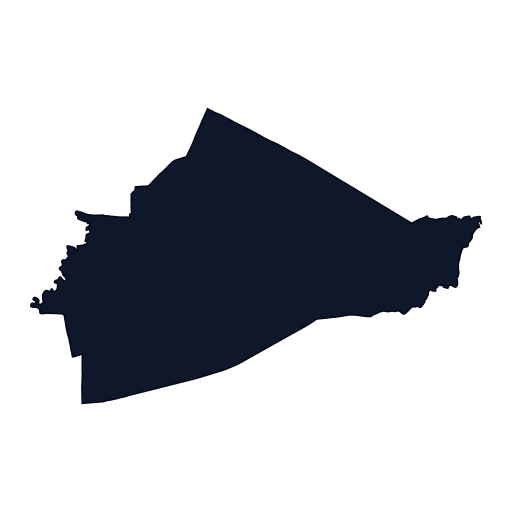 outline of Sangkae, Batdâmbâng, Cambodia
{"feature_id": "14789045B70272828773622", "entity_name": "Sangkae", "entity_type": "district", "adm_level": 2, "iso_a3": "KHM", "parent_name": "Cambodia", "parent_adm1": "Batdâmbâng", "projection": "orthographic", "projection_center": [103.435, 13.068], "detail": "fine", "context": "isolated", "style": "filled", "palette": "ink", "viewbox_px": 512, "rotation_deg": 0, "n_neighbors": 0, "source": "geoboundaries", "source_scale": "gbopen_adm2", "svg_char_len": 5943}
<svg xmlns="http://www.w3.org/2000/svg" viewBox="0 0 512 512"><path d="M82.2,403.4L102.7,401.7L103.2,401.7L107.3,400.5L109.5,400.2L117.0,398.6L119.6,397.8L123.4,397.0L127.9,395.8L129.6,395.2L196.6,378.3L224.5,369.8L237.8,364.2L286.9,336.6L307.9,324.9L316.7,319.0L326.2,318.1L330.6,317.5L335.4,317.1L341.4,316.2L348.4,315.0L350.5,314.9L354.3,314.9L356.1,315.2L357.8,315.2L360.6,315.8L362.1,315.9L366.6,316.5L370.3,316.6L371.4,316.0L374.2,314.3L375.4,314.0L380.2,311.7L382.1,311.4L382.8,311.0L383.2,311.0L384.3,311.0L386.4,311.6L388.0,311.6L390.4,311.4L391.1,311.2L392.0,311.1L393.9,311.2L394.5,311.5L395.7,311.4L396.7,311.0L397.4,310.8L398.4,311.0L400.0,311.3L401.7,313.0L402.9,313.8L403.4,314.0L404.1,314.0L405.1,313.6L405.6,313.2L408.0,311.0L409.3,309.5L410.0,308.9L411.2,307.6L412.1,306.9L413.0,306.7L414.1,306.9L415.4,306.9L417.0,306.2L417.4,306.1L418.5,306.8L419.8,307.3L420.4,307.3L420.9,307.2L422.7,305.0L424.0,303.2L424.4,302.5L424.8,301.5L424.7,300.8L425.2,299.7L425.7,299.2L426.2,298.9L426.7,298.3L426.8,297.1L427.1,296.5L427.4,296.1L427.8,295.9L428.1,294.9L428.3,293.7L428.3,292.5L428.4,292.0L430.4,289.6L431.2,289.8L432.4,290.9L432.9,291.0L434.1,291.0L434.8,291.2L435.4,291.2L435.9,290.5L435.5,289.8L435.6,289.2L435.9,288.5L436.5,287.7L437.0,287.5L437.5,287.0L437.7,286.2L438.0,285.5L439.4,285.3L440.2,284.6L440.8,284.8L440.9,285.5L441.7,285.6L442.4,285.1L443.2,284.8L443.4,285.3L443.2,286.0L443.3,286.9L443.7,287.2L446.2,287.8L447.1,288.2L447.8,288.2L448.9,285.8L449.4,285.3L450.1,285.1L451.0,285.2L452.0,285.5L453.3,286.5L454.1,286.9L455.0,287.1L455.5,287.1L456.2,286.9L456.6,286.5L457.2,285.4L457.5,284.0L457.5,281.4L457.1,279.0L456.8,278.1L456.9,277.4L457.8,277.0L458.4,275.3L458.8,273.3L458.9,272.3L458.7,270.8L458.4,269.9L458.3,266.0L458.1,265.1L458.5,263.4L458.7,261.8L459.3,260.0L459.6,259.5L459.8,258.8L459.6,258.1L459.8,256.9L460.3,255.4L460.2,255.0L460.4,254.5L460.9,253.4L461.3,252.1L461.3,251.3L461.5,250.4L462.5,249.0L462.3,248.3L462.9,247.8L464.4,247.2L465.2,247.0L466.7,246.9L467.2,246.7L467.7,246.1L468.2,245.3L468.3,243.2L468.8,242.4L470.4,240.6L471.9,238.4L472.2,237.1L472.4,234.7L472.7,233.9L473.2,233.0L475.4,229.8L476.8,228.3L477.9,227.6L479.0,227.4L479.6,227.1L479.3,226.2L479.0,225.0L478.6,224.0L477.7,223.2L477.6,222.2L478.3,221.7L479.9,221.7L480.4,221.9L480.6,222.5L480.6,223.1L481.1,223.6L481.3,222.8L481.3,222.3L480.9,220.8L480.0,218.6L480.2,217.6L480.1,216.7L479.5,216.5L475.0,217.1L473.7,217.5L472.9,218.0L472.4,218.5L471.6,218.8L471.1,218.6L470.4,218.2L469.8,216.9L469.1,216.1L467.4,216.6L465.1,216.9L463.9,217.3L462.9,218.1L462.2,219.3L461.9,219.6L461.1,219.6L459.9,219.3L459.4,218.8L458.9,218.5L458.3,219.1L457.5,219.6L456.8,218.7L456.6,217.2L456.2,217.0L453.0,216.0L451.9,215.8L450.7,216.0L449.7,216.4L448.5,217.0L447.4,217.8L446.3,218.3L445.1,218.6L442.7,218.3L438.3,219.0L435.8,219.6L428.8,218.3L428.2,217.7L427.6,216.9L427.4,216.3L426.8,216.0L425.4,217.0L423.9,217.7L423.2,217.8L421.6,218.6L419.6,219.0L415.8,221.1L411.6,223.2L307.8,160.6L298.5,155.3L289.9,151.2L284.7,148.0L281.6,146.4L277.5,144.2L273.5,142.3L270.5,141.1L263.7,137.7L261.4,136.3L251.5,130.8L236.1,123.1L232.7,121.3L229.0,119.2L224.9,117.2L222.3,115.7L218.7,114.0L215.1,112.7L209.2,109.6L207.5,108.6L206.2,111.9L201.8,121.6L200.2,125.5L196.7,133.3L195.0,137.3L193.8,140.8L191.0,147.2L188.0,153.2L187.4,154.7L186.5,156.3L185.8,157.1L183.1,157.7L181.8,158.2L178.5,159.1L174.8,160.4L172.4,162.0L167.7,166.6L165.4,169.1L162.9,171.5L160.1,173.9L155.0,179.1L152.9,181.3L150.1,184.3L149.0,185.6L146.4,186.2L142.9,186.3L135.4,186.8L135.2,187.6L135.0,190.6L133.0,192.1L131.9,193.3L131.2,194.1L131.3,196.9L131.1,200.0L131.3,203.7L131.2,207.1L131.5,212.1L131.7,213.8L130.0,214.0L129.7,215.2L129.4,217.5L127.8,217.2L125.1,217.1L122.7,217.2L117.1,216.9L109.4,216.1L108.0,215.8L106.3,215.8L104.7,215.7L103.3,215.1L96.3,215.3L94.3,215.3L92.7,215.2L89.0,214.8L87.9,214.7L84.0,213.3L81.6,212.4L76.8,211.1L75.8,211.7L75.4,212.8L75.6,214.0L75.7,214.5L76.2,215.0L77.9,215.8L77.9,218.6L78.9,219.2L81.8,220.4L84.5,221.3L87.1,221.9L87.4,222.7L87.6,223.5L89.5,223.3L89.6,225.0L89.3,225.8L88.3,226.7L86.8,227.1L86.3,228.1L86.3,230.3L88.6,229.6L89.5,229.6L89.9,230.6L90.3,232.3L90.1,232.9L88.1,233.8L86.5,234.6L86.2,235.4L86.3,236.6L85.2,241.1L87.6,242.0L86.2,244.3L84.6,244.3L83.9,245.1L77.2,246.0L77.9,250.9L77.3,250.9L76.7,249.9L74.9,248.1L73.8,247.4L72.7,247.0L68.0,245.8L67.4,246.0L67.0,246.8L67.2,247.9L67.9,249.5L68.0,250.8L67.7,251.8L67.1,253.1L67.4,254.1L68.8,255.9L68.4,256.9L67.5,257.8L66.2,259.8L65.3,260.1L63.7,259.8L62.6,260.3L61.8,261.0L61.7,261.7L62.4,264.0L62.6,265.0L62.3,265.9L61.0,266.7L59.8,267.7L59.4,268.3L59.6,269.2L61.4,270.8L61.9,271.6L63.3,275.6L63.8,275.9L64.6,276.3L65.3,277.3L66.2,279.4L66.2,280.6L65.4,281.2L64.4,281.0L62.7,279.7L61.9,278.6L61.4,277.7L60.2,277.0L59.3,277.2L58.7,278.8L57.7,279.8L55.2,280.6L54.6,281.3L54.4,282.3L55.3,282.9L56.6,283.1L57.1,283.6L57.6,284.4L57.7,285.2L57.5,285.9L57.4,287.9L56.9,289.5L56.2,290.5L55.6,290.9L54.5,291.5L53.7,291.4L53.1,290.9L52.6,290.2L52.6,289.7L51.6,288.9L51.1,289.4L50.7,290.7L50.5,291.1L49.6,291.6L47.6,290.7L46.3,290.6L45.1,290.8L44.3,291.8L42.8,294.3L42.6,295.4L42.7,298.4L42.9,300.3L43.2,301.2L43.2,302.1L42.7,303.0L41.9,303.6L41.0,304.2L40.2,304.5L38.8,304.3L38.5,303.6L38.5,302.7L38.9,300.9L38.8,300.2L38.2,299.3L36.7,298.1L35.7,297.6L34.6,297.4L33.6,297.9L33.2,298.7L33.1,299.5L33.6,300.0L35.2,300.6L35.7,301.2L35.9,302.1L35.5,302.8L34.5,303.6L32.2,303.1L31.5,303.6L30.7,305.3L30.9,306.4L31.7,306.9L32.6,307.2L34.0,307.1L36.2,307.2L37.2,307.7L38.3,308.2L39.6,309.7L39.8,310.3L39.9,312.8L40.8,313.5L41.4,313.7L43.1,313.6L44.3,313.4L45.8,313.4L47.1,313.2L51.3,313.4L56.6,313.5L62.0,313.9L63.2,314.2L64.0,314.9L64.4,316.1L66.4,328.2L67.6,334.1L68.4,336.5L69.5,341.0L69.6,342.6L70.1,343.8L71.1,350.0L71.8,352.7L72.1,355.3L72.5,356.8L73.9,356.8L82.3,354.1L82.3,355.0L82.2,370.2L82.4,373.9L81.9,387.7L82.2,403.4Z" fill="#0f172a" stroke="#020617" stroke-width="1.5"/></svg>